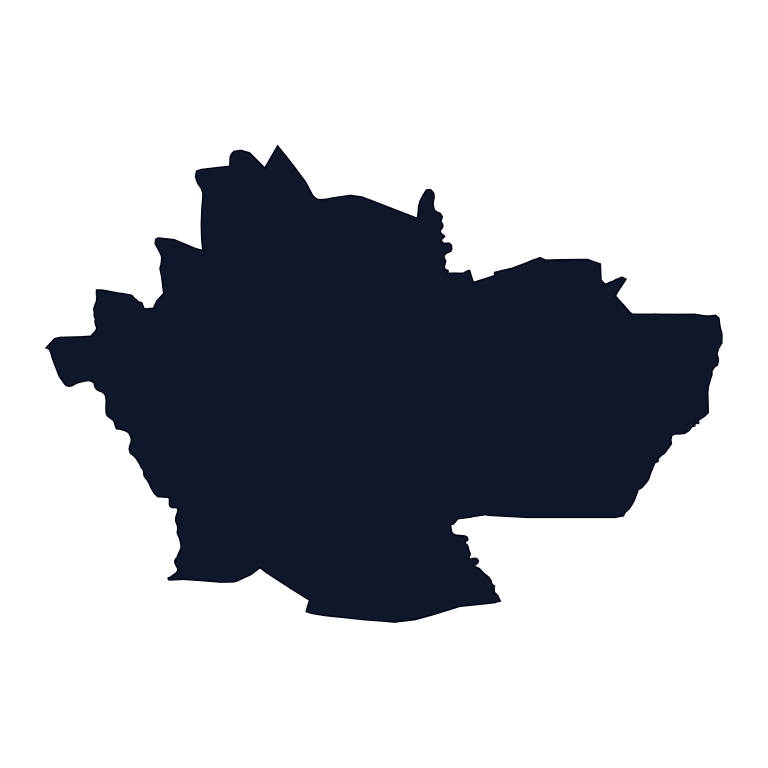 Moshi Urban, Kilimanjaro, United Republic of Tanzania (Albers equal-area conic projection)
{"feature_id": "72390352B76512132105243", "entity_name": "Moshi Urban", "entity_type": "district", "adm_level": 2, "iso_a3": "TZA", "parent_name": "United Republic of Tanzania", "parent_adm1": "Kilimanjaro", "projection": "albers", "projection_center": [37.332, -3.346], "detail": "fine", "context": "isolated", "style": "filled", "palette": "ink", "viewbox_px": 768, "rotation_deg": 0, "n_neighbors": 0, "source": "geoboundaries", "source_scale": "gbopen_adm2", "svg_char_len": 6055}
<svg xmlns="http://www.w3.org/2000/svg" viewBox="0 0 768 768"><path d="M169.2,580.0L183.0,579.3L203.9,580.7L220.4,582.1L233.5,581.9L236.5,581.1L250.6,574.7L257.4,569.6L259.8,567.6L265.8,572.0L270.3,575.1L291.4,588.8L309.6,600.2L308.4,603.7L306.2,611.6L312.1,613.4L323.4,615.3L330.7,616.2L341.6,617.2L364.4,619.7L384.9,621.2L394.5,622.1L415.1,619.6L432.2,614.9L459.3,606.5L459.3,606.4L495.0,602.6L497.0,601.7L499.8,601.2L500.2,601.2L497.7,595.5L494.4,592.2L494.0,586.9L493.4,586.6L494.4,586.2L491.8,583.9L491.0,580.5L488.9,577.4L483.5,573.1L479.3,568.5L476.1,567.2L474.6,565.6L475.0,564.5L476.8,563.9L477.9,562.6L478.4,560.5L476.3,558.4L473.3,558.4L471.2,559.2L469.1,558.3L468.8,556.8L470.0,555.2L470.0,553.2L468.9,550.4L468.6,550.4L468.3,547.3L466.9,544.6L465.3,543.5L465.1,541.9L467.7,540.1L467.7,538.7L467.0,537.1L464.5,535.9L456.2,535.2L453.0,534.0L451.4,531.3L450.9,527.2L450.4,524.7L453.6,523.9L457.7,518.8L471.3,517.0L473.4,516.4L487.2,514.4L487.3,515.2L527.6,517.4L614.7,517.4L623.4,515.8L625.1,512.3L628.8,509.2L631.4,505.5L634.3,500.3L635.7,496.6L638.2,489.5L641.7,487.7L645.7,483.2L648.3,479.7L649.1,477.7L650.8,472.3L652.3,469.1L653.1,466.8L654.8,462.8L656.0,462.3L658.0,461.4L658.0,459.4L659.1,457.4L661.7,455.1L664.6,453.1L668.8,447.4L671.4,443.7L670.8,439.9L671.4,437.4L671.1,436.2L672.0,435.6L672.8,434.8L675.4,433.9L679.4,433.9L684.6,433.4L689.1,430.5L691.7,426.8L694.8,425.9L695.1,422.6L697.7,423.6L698.8,422.8L698.1,420.5L705.0,415.8L708.2,412.7L708.0,400.8L707.7,393.3L708.3,386.7L710.4,379.2L711.9,375.0L711.9,370.8L714.6,366.9L717.3,365.1L718.2,361.5L718.2,358.2L716.9,353.9L718.5,348.5L721.9,342.8L721.9,334.0L719.9,326.2L718.9,318.1L715.6,315.3L711.0,315.9L709.0,316.0L704.6,315.9L694.7,314.3L680.5,314.4L656.6,314.3L655.2,314.0L654.8,314.3L632.7,314.3L630.1,312.6L623.2,304.6L621.4,302.9L615.5,296.1L617.3,292.3L625.9,279.3L622.1,277.2L618.5,278.6L614.7,280.2L614.0,280.8L612.4,281.5L610.3,282.2L607.6,283.4L605.1,284.5L601.0,279.9L600.4,265.8L600.4,264.0L594.3,262.0L587.6,259.5L572.1,259.6L558.1,259.8L545.8,260.2L540.1,257.7L532.0,260.5L525.9,263.1L512.0,268.3L500.9,270.9L494.5,272.5L494.8,275.6L473.4,282.5L470.6,274.1L470.7,273.9L470.5,273.6L469.7,270.6L469.1,270.5L468.1,270.8L466.5,271.4L464.6,272.5L463.0,273.3L452.6,273.2L447.8,273.4L448.1,271.0L447.9,270.3L446.2,270.0L445.0,269.1L444.2,267.1L445.7,261.2L444.1,257.6L443.8,257.4L444.2,255.5L444.3,255.2L445.2,254.2L446.2,253.4L447.8,252.5L448.9,252.2L450.4,251.4L451.1,250.8L451.7,249.4L451.5,245.6L450.4,244.1L449.2,243.2L444.1,243.4L442.9,242.7L441.6,241.3L441.3,240.2L442.0,238.8L443.3,237.8L444.2,236.9L444.6,236.2L442.8,234.7L441.0,233.5L440.1,230.6L441.0,229.4L442.0,228.1L442.8,226.5L442.8,225.4L442.4,224.2L442.0,223.3L441.1,221.6L440.6,220.9L441.3,220.1L442.3,216.7L440.4,213.7L439.1,212.8L437.3,212.3L434.3,210.0L433.0,204.4L433.3,201.3L434.2,197.6L433.7,193.3L431.3,190.3L430.7,189.9L429.0,189.6L426.3,190.1L423.1,195.2L420.1,201.0L418.6,206.4L418.2,212.5L417.4,218.0L415.9,217.8L416.0,217.9L369.2,199.7L369.2,199.9L361.9,197.0L350.3,195.4L336.7,197.4L336.4,197.5L336.3,197.4L331.4,198.2L327.3,199.1L325.0,199.4L325.1,199.5L318.2,199.7L315.1,198.0L312.3,194.9L309.8,190.2L305.8,182.4L295.6,168.7L285.6,155.7L285.6,155.9L277.6,145.9L264.8,168.1L249.5,152.8L241.0,150.4L238.9,150.6L233.9,151.5L231.8,153.6L230.2,156.9L229.8,166.3L216.8,167.7L201.0,169.6L196.6,171.1L195.5,176.8L197.8,183.4L201.2,188.2L202.9,193.1L202.8,198.1L201.9,208.6L201.3,224.3L201.7,238.5L202.8,250.5L195.8,248.7L174.2,239.7L158.1,238.0L155.7,239.4L155.2,243.6L160.7,254.0L161.7,257.0L161.5,260.7L161.6,260.8L161.0,264.5L160.0,268.6L161.7,276.8L163.0,287.7L163.8,293.4L156.9,300.8L153.9,307.3L153.5,308.3L144.4,308.9L143.8,308.4L143.7,307.6L142.9,305.7L142.2,303.6L141.7,302.8L140.8,302.3L138.6,302.2L136.4,299.8L134.3,298.5L133.7,297.6L132.5,296.1L131.0,295.1L126.1,294.3L123.2,293.7L117.4,293.0L104.6,290.5L100.7,290.0L96.6,290.0L96.4,294.5L97.1,296.5L96.6,297.4L96.8,300.2L93.8,308.7L94.3,312.9L94.2,315.6L95.7,320.2L94.9,321.0L95.6,325.0L96.9,327.8L95.9,330.6L92.0,334.8L91.2,336.2L80.4,336.9L60.4,337.4L54.6,338.7L46.1,347.8L47.7,348.4L49.1,349.2L50.1,350.9L51.1,353.7L52.2,357.6L53.8,362.2L55.2,365.7L56.7,369.7L59.1,375.9L60.3,377.9L62.6,380.9L63.6,382.5L65.8,385.3L67.4,385.9L69.2,386.2L71.2,385.9L73.4,385.0L74.9,384.1L77.0,383.0L83.2,381.3L85.2,380.9L86.7,380.8L88.3,380.6L90.5,380.8L93.0,382.2L93.9,382.9L94.1,383.4L94.3,384.4L94.6,385.3L94.6,386.3L95.6,388.0L96.3,388.7L97.2,389.9L99.3,391.0L100.5,391.2L101.6,391.7L103.6,393.1L104.6,394.1L105.7,396.2L106.0,398.6L106.2,401.4L106.0,406.7L106.0,411.0L106.3,413.4L107.0,415.1L108.1,416.5L110.8,418.5L112.2,419.4L113.3,420.4L114.1,421.7L114.6,423.0L115.4,426.1L115.8,427.4L116.8,428.9L120.0,429.1L124.3,430.4L125.8,431.0L127.4,431.8L128.6,432.8L129.6,434.5L130.6,436.4L131.3,438.6L131.3,440.9L130.9,442.9L130.1,444.8L129.6,446.7L129.2,448.9L130.0,452.3L130.4,453.2L131.6,454.1L132.7,455.0L134.3,456.2L136.6,459.0L137.5,460.6L138.9,462.6L139.9,464.3L141.1,467.3L142.2,468.7L143.1,469.4L143.6,471.9L144.1,475.8L145.2,477.6L146.1,478.7L147.1,480.0L148.1,481.5L149.9,484.8L150.5,486.6L151.4,488.4L153.2,491.5L154.9,494.0L156.3,495.1L156.7,495.7L157.2,496.2L157.8,496.6L159.1,496.8L160.7,496.7L161.7,496.9L162.4,496.9L163.0,497.0L165.0,497.2L167.5,497.2L168.4,497.4L169.0,497.7L169.3,498.3L169.4,499.0L169.5,501.9L169.5,503.2L169.4,504.1L169.7,505.5L170.0,506.2L171.7,507.4L172.8,507.6L173.7,507.5L175.5,507.6L176.5,507.8L177.2,508.1L177.7,508.6L177.9,509.4L177.8,511.1L177.4,512.7L177.0,513.6L176.6,515.1L176.1,516.2L175.9,517.3L175.7,519.5L175.8,520.6L175.9,521.6L177.4,525.4L177.7,527.5L177.7,529.6L177.3,531.7L177.3,532.7L178.0,534.9L179.2,537.3L179.6,538.3L179.7,539.2L180.0,540.0L180.7,543.2L180.9,544.5L181.1,547.3L180.3,550.0L179.6,551.3L176.9,557.6L176.2,558.3L175.1,560.2L174.8,561.0L174.7,562.2L176.0,565.3L177.7,568.5L177.9,569.3L177.7,570.4L177.2,571.5L176.4,572.7L174.2,574.4L172.3,575.7L170.6,577.1L168.6,577.8L168.1,578.2L168.2,578.8L168.7,579.5L169.2,580.0Z" fill="#0f172a" stroke="#020617" stroke-width="1.5"/></svg>